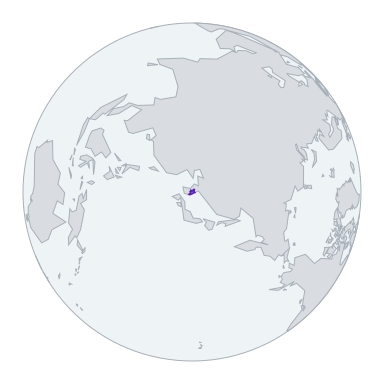 the Earth from above Gangwon, rotated 95°
{"feature_id": "KOR-2496", "entity_name": "Gangwon", "entity_type": "Province", "adm_level": 1, "iso_a3": "KOR", "parent_name": "South Korea", "parent_adm1": "", "projection": "orthographic", "projection_center": [128.239, 37.618], "detail": "fine", "context": "on_globe", "style": "filled", "palette": "violet", "viewbox_px": 384, "rotation_deg": 95, "n_neighbors": 0, "source": "natural_earth", "source_scale": "10m", "svg_char_len": 12447}
<svg xmlns="http://www.w3.org/2000/svg" viewBox="0 0 384 384"><g transform="rotate(95 192 192)"><circle cx="192" cy="192" r="169" fill="#eef3f6" stroke="#a8b0b8"/><path d="M319.5,290.4L319.4,291.1L319.2,291.3L319.5,290.4ZM320.0,81.8L320.0,81.7L320.5,82.2L322.7,85.0L320.9,83.2L321.7,85.4L315.0,81.9L299.7,72.1L300.6,70.9L296.9,69.1L295.4,70.6L295.4,72.1L280.4,71.1L273.9,79.8L277.3,86.2L272.2,82.3L282.5,97.6L282.5,106.7L279.1,94.2L276.1,91.4L274.4,96.2L271.0,94.4L268.2,95.8L264.3,93.4L262.6,86.8L260.0,85.2L259.0,88.8L254.4,88.9L256.3,83.9L248.5,83.7L244.2,73.6L252.6,63.7L246.9,57.7L246.6,46.9L243.2,46.6L241.0,42.9L236.3,41.2L237.6,40.1L232.8,39.8L232.5,41.2L230.3,41.7L227.5,41.0L228.6,39.2L230.2,39.3L229.1,38.5L230.8,38.0L228.4,37.8L230.1,36.1L224.3,36.8L222.2,34.7L224.5,33.8L229.6,35.2L247.5,38.1L251.4,38.4L251.7,37.1L241.0,31.4L243.1,31.5L241.9,30.7L238.4,29.8L238.0,30.2L231.1,28.7L231.4,29.8L228.6,29.5L226.8,30.6L221.4,29.1L217.0,27.4L218.2,26.6L216.4,26.0L210.6,25.9L208.3,24.3L199.0,23.2L211.6,24.2L224.0,26.1L236.3,28.9L248.3,32.7L259.9,37.3L271.2,42.8L282.1,49.1L292.5,56.2L302.3,64.0L311.5,72.6L320.0,81.8ZM347.1,172.1L345.7,169.2L347.1,169.3L347.1,172.1ZM344.5,168.7L345.0,169.4L344.5,169.0L344.5,168.7ZM343.8,169.2L344.3,168.8L343.9,169.6L343.8,169.2ZM343.0,170.4L343.4,169.6L343.4,169.9L343.0,170.4ZM341.4,171.2L340.9,171.3L341.1,170.3L341.4,171.2ZM295.9,73.2L295.8,70.9L298.3,70.4L298.9,72.4L295.9,73.2ZM290.6,74.9L289.5,73.1L293.8,74.7L293.1,75.2L290.6,74.9ZM280.6,91.6L281.1,89.0L281.8,92.2L280.6,91.6ZM268.5,96.5L269.5,97.9L267.6,98.1L268.5,96.5ZM230.0,31.3L228.4,30.9L229.6,30.9L230.0,31.3ZM230.6,32.2L233.0,32.5L233.7,33.0L232.2,32.8L230.6,32.2ZM259.9,94.6L256.7,94.7L259.7,93.4L259.9,94.6ZM227.5,31.8L234.6,33.8L235.7,34.8L230.9,34.9L227.5,31.8ZM254.6,94.0L246.7,94.7L248.1,97.7L239.6,90.0L249.1,91.7L252.7,89.6L252.3,92.2L254.6,94.0ZM233.6,42.0L233.8,40.5L236.2,42.5L233.6,42.0ZM235.7,43.2L246.4,49.5L244.7,51.7L241.5,49.0L241.4,52.6L235.4,50.6L234.1,48.1L236.3,47.0L232.3,47.1L235.7,43.2ZM236.2,85.8L234.1,85.2L236.0,84.6L236.2,85.8ZM229.6,42.0L231.9,42.9L230.6,44.9L225.8,43.3L227.7,43.2L229.6,42.0ZM244.4,54.7L242.6,56.1L237.2,54.7L235.8,55.1L235.1,50.7L244.4,54.7ZM226.6,42.4L223.3,42.6L221.4,41.1L227.2,41.2L226.6,42.4ZM232.3,46.0L231.5,46.9L230.4,45.9L232.3,46.0ZM212.7,36.4L215.5,37.2L215.1,38.2L212.7,36.4ZM222.3,42.7L223.0,43.3L223.1,43.8L220.6,43.7L222.3,42.7ZM231.4,50.2L229.5,49.4L231.4,51.9L227.4,51.2L227.7,48.5L225.9,49.3L224.7,49.2L226.2,47.2L231.4,50.2ZM218.5,45.3L217.5,42.0L212.4,40.1L212.7,39.1L220.8,42.4L218.5,45.3ZM222.9,46.6L220.3,45.5L221.9,44.6L224.7,44.8L222.9,46.6ZM224.6,51.7L230.6,53.5L230.4,54.1L224.6,51.7ZM216.7,44.9L217.0,45.7L216.2,44.8L216.7,44.9ZM221.8,49.8L224.0,50.2L223.6,50.9L221.8,49.8ZM215.8,47.1L215.5,45.9L217.4,46.0L215.8,47.1ZM218.3,48.4L217.3,49.2L218.3,46.7L219.3,48.5L218.3,48.4ZM221.1,50.3L221.6,50.8L220.3,50.0L221.1,50.3ZM208.7,47.8L209.5,44.7L213.7,44.6L212.4,47.7L208.7,47.8ZM80.1,65.4L74.2,71.4L71.8,74.0L67.9,77.5L54.1,95.3L56.0,94.5L48.9,109.0L47.6,116.3L56.5,109.1L58.8,96.9L64.4,90.3L66.9,96.1L65.7,107.7L67.9,105.6L73.1,95.0L77.4,94.8L75.4,91.2L72.8,94.8L71.6,92.8L73.8,89.5L75.2,89.4L76.9,85.5L69.7,87.5L66.3,91.4L67.8,84.3L62.3,90.2L61.1,90.0L69.9,80.1L72.5,78.3L85.2,65.6L82.6,66.8L70.5,79.0L72.3,76.6L68.6,79.0L72.8,75.3L86.7,62.3L91.1,57.2L89.4,57.8L107.1,45.9L98.4,51.7L101.4,50.2L110.2,45.2L106.3,47.9L108.6,46.9L105.4,49.6L107.4,50.8L105.1,53.6L112.3,51.9L112.1,53.3L107.9,53.8L103.8,55.9L98.8,64.0L99.7,64.9L104.8,63.3L102.8,66.0L108.4,63.5L108.7,67.9L112.9,60.6L119.0,59.2L122.7,61.0L125.4,59.3L119.5,56.6L116.4,56.7L112.5,58.9L104.9,59.0L105.2,56.8L116.1,52.2L117.8,48.8L125.6,47.3L136.9,54.8L138.3,59.5L127.3,70.3L123.3,69.8L125.2,65.5L117.6,70.9L121.0,69.8L119.3,72.2L124.7,72.1L123.8,73.8L130.5,70.8L130.0,73.0L125.8,74.9L133.3,77.1L133.9,81.8L136.0,81.5L138.2,79.8L137.6,87.2L139.2,86.7L140.0,84.1L143.7,81.4L150.1,79.8L149.5,82.4L147.1,83.4L141.3,89.6L135.1,92.0L135.5,93.0L140.8,91.5L147.9,83.9L151.9,82.2L149.1,85.9L150.4,84.4L152.2,84.4L153.5,87.0L156.8,83.1L177.4,81.3L181.9,86.7L177.1,89.8L190.9,92.8L195.0,99.5L195.7,96.9L202.8,97.2L201.7,95.0L202.6,93.8L220.3,94.6L224.1,97.2L232.5,95.5L232.9,94.2L230.6,92.2L239.6,90.0L248.1,97.7L246.8,100.0L253.0,103.7L249.2,108.6L248.8,114.6L241.0,118.5L241.4,123.3L243.8,124.3L246.2,131.9L242.8,145.0L235.0,130.1L238.0,111.6L235.9,118.5L233.2,115.9L230.5,117.8L229.3,123.1L231.1,124.3L213.0,128.7L203.7,141.9L212.0,142.6L215.5,147.7L212.2,165.4L190.4,185.7L194.9,194.4L194.1,199.5L187.7,201.5L188.7,194.1L183.8,190.4L185.4,186.2L175.6,187.6L177.3,181.7L168.8,186.1L170.3,191.4L178.3,192.1L170.1,198.9L176.1,208.9L175.0,219.0L158.7,233.1L144.8,234.8L143.6,237.6L139.0,232.7L131.5,236.5L138.8,255.8L138.0,260.4L126.5,265.8L126.5,262.3L114.5,249.4L111.1,259.5L120.2,271.9L123.3,283.2L115.8,277.5L112.8,267.3L108.6,262.4L110.5,253.5L108.6,237.5L101.1,237.1L102.5,231.5L98.6,216.3L88.3,215.1L71.4,221.8L67.7,235.3L62.5,238.1L59.4,212.4L62.1,197.5L58.5,195.7L57.4,178.5L48.2,164.4L49.2,159.7L47.0,158.5L46.6,150.4L49.0,143.1L47.7,140.2L42.0,159.6L43.6,162.9L48.2,161.2L46.0,167.1L46.6,176.3L37.7,181.2L27.8,171.9L30.7,161.0L43.2,123.3L45.0,121.2L45.2,120.9L45.6,120.2L42.8,123.0L46.2,116.3L35.4,139.6L31.9,148.0L27.6,172.2L27.1,172.7L26.9,179.0L30.9,186.6L30.1,189.8L25.8,199.1L23.4,203.7L23.0,191.8L23.5,179.9L24.7,168.1L26.8,156.4L29.8,144.8L33.5,133.5L38.0,122.5L43.3,111.8L49.3,101.5L56.0,91.7L63.4,82.4L71.5,73.6L80.1,65.4ZM60.5,125.9L62.4,133.3L68.4,124.2L69.6,126.4L71.2,122.7L68.8,123.5L73.7,114.0L77.0,115.5L80.3,112.4L79.8,109.8L73.0,108.8L65.9,122.1L62.6,122.9L60.5,125.9ZM124.7,39.9L121.4,41.5L119.5,41.7L122.4,39.3L125.3,38.8L124.7,39.9ZM117.2,43.8L127.3,40.6L125.9,42.3L125.0,41.8L123.0,43.3L121.0,42.9L109.8,48.3L107.4,48.9L114.2,43.3L113.3,44.6L116.5,42.8L117.2,43.8ZM155.5,32.7L159.9,32.3L151.1,36.5L148.1,36.5L150.8,33.7L156.0,32.2L155.5,32.7ZM217.8,32.1L220.0,32.4L219.7,32.8L217.6,32.8L217.8,32.1ZM214.0,36.7L207.7,31.5L210.0,31.5L203.6,29.0L207.0,28.1L211.0,29.6L208.9,27.3L213.9,28.4L211.8,26.9L220.3,30.4L224.7,31.6L218.5,30.6L215.3,31.3L215.2,32.0L218.2,35.0L226.0,38.3L224.1,39.9L220.6,40.2L218.4,39.6L220.4,38.7L216.0,38.7L217.2,36.9L214.0,36.7ZM181.0,48.0L184.2,46.2L175.7,47.7L176.8,45.2L175.8,45.5L174.5,43.7L171.1,42.2L172.4,41.2L170.5,41.1L169.6,40.0L167.5,39.6L169.1,37.7L166.6,37.1L168.7,36.6L164.0,36.1L168.2,35.7L167.5,34.5L163.8,35.6L177.5,28.3L179.9,26.3L179.7,25.1L187.0,25.0L191.8,26.3L194.5,28.7L191.1,30.9L195.0,30.7L194.5,31.7L191.6,31.5L195.8,32.6L194.6,33.5L197.0,36.8L203.7,38.3L204.8,39.8L201.6,39.6L204.8,41.2L199.5,42.0L200.1,43.2L195.5,45.3L188.9,44.7L190.1,46.1L186.6,48.1L181.0,48.0ZM207.3,48.3L199.2,47.8L195.8,46.2L205.3,43.2L205.5,42.0L211.4,40.5L216.2,42.8L214.0,43.0L213.1,43.8L212.0,42.7L212.1,44.1L209.2,44.5L208.5,45.8L206.0,45.2L207.3,48.3ZM72.2,74.2L70.9,75.9L69.6,77.9L67.3,79.6L72.2,74.2ZM81.6,65.2L80.9,66.2L77.0,69.2L78.3,67.7L81.6,65.2ZM83.8,64.3L81.1,66.0L83.4,64.2L83.8,64.3ZM107.6,54.7L107.2,55.8L105.9,56.4L104.6,56.4L107.6,54.7ZM156.0,53.2L158.4,52.1L159.1,52.5L165.2,51.7L164.8,53.7L161.0,55.0L156.0,53.2ZM55.0,108.6L53.5,108.3L54.5,106.2L54.8,106.7L55.0,108.6ZM59.2,92.9L56.7,97.6L58.6,93.3L59.2,92.9ZM156.7,55.3L159.2,54.7L157.4,56.1L156.7,55.3ZM164.8,55.2L163.3,56.8L165.5,53.9L164.8,55.2ZM30.1,240.4L29.8,239.1L32.7,248.2L32.7,248.4L30.1,240.4ZM165.2,314.6L170.4,315.9L170.2,316.4L165.2,314.6ZM159.7,311.8L165.5,312.9L158.7,312.8L159.7,311.8ZM167.9,313.3L173.9,313.1L176.4,312.5L176.0,313.6L167.9,313.3ZM155.7,311.1L134.8,306.1L126.8,302.3L128.5,300.7L141.6,304.8L155.7,311.1ZM127.9,300.5L115.8,290.4L100.5,265.4L106.0,268.0L122.2,285.7L121.1,287.3L128.4,294.5L127.9,300.5ZM157.8,296.4L156.7,302.0L145.0,299.0L139.8,296.8L136.2,288.4L138.2,285.0L142.4,286.2L159.7,276.3L165.5,280.8L160.0,285.6L164.9,291.7L157.8,296.4ZM68.1,237.0L70.0,247.3L67.3,246.9L68.1,237.0ZM167.3,267.7L159.9,272.7L166.9,265.6L167.3,267.7ZM171.8,260.5L171.9,263.8L169.4,260.2L171.8,260.5ZM142.8,242.1L138.3,241.7L138.5,239.3L144.4,238.5L142.8,242.1ZM174.1,227.4L172.8,234.5L171.6,236.8L170.1,232.1L174.1,227.4ZM157.2,74.3L149.1,72.8L143.1,73.7L139.3,76.9L141.2,72.0L150.5,70.6L157.2,74.3ZM175.0,80.0L178.2,77.6L179.1,79.4L178.5,80.2L175.0,80.0ZM175.3,78.1L174.9,73.9L178.3,73.0L177.9,76.4L175.3,78.1ZM165.4,63.8L163.1,63.1L164.6,61.9L165.4,63.8ZM269.0,342.4L280.4,335.9L282.7,334.6L281.9,335.1L269.0,342.4ZM229.5,355.4L228.4,354.2L235.8,352.8L233.5,354.4L229.5,355.4ZM284.3,333.5L285.1,332.8L289.3,329.7L290.1,328.1L290.6,328.8L294.8,326.0L285.2,332.9L284.3,333.5ZM199.8,349.7L167.5,352.0L160.1,350.3L161.2,348.5L153.0,340.4L155.3,341.0L152.9,335.4L171.6,333.4L184.7,324.8L195.9,326.2L203.9,318.8L215.7,319.4L212.6,325.5L225.4,328.8L232.9,315.0L241.8,328.2L251.7,331.1L255.8,337.3L241.7,349.4L232.7,352.4L230.5,352.1L226.9,353.4L220.6,353.8L216.1,351.4L212.6,352.5L215.6,350.1L210.7,352.4L207.0,350.5L199.8,349.7ZM284.8,316.6L286.8,316.2L290.2,316.8L287.0,317.7L284.8,316.6ZM314.5,296.0L315.6,296.3L313.4,297.8L314.5,296.0ZM319.2,291.3L316.7,293.4L319.5,290.4L319.2,291.3ZM294.2,305.8L295.3,306.1L294.5,306.7L294.2,305.8ZM293.4,305.8L294.4,304.1L294.4,305.4L293.4,305.8ZM283.5,301.6L284.6,300.5L285.2,301.0L283.5,301.6ZM178.1,316.9L185.3,313.6L189.4,313.6L178.1,316.9ZM281.7,300.5L278.8,301.2L279.0,300.3L281.7,300.5ZM281.8,298.6L281.4,297.6L283.4,299.7L281.8,298.6ZM276.1,297.5L279.7,298.7L275.7,297.9L276.1,297.5ZM274.0,298.3L271.4,298.0L271.6,297.6L274.0,298.3ZM245.9,304.7L255.4,310.3L248.0,311.1L239.6,307.8L233.4,312.3L219.2,312.2L222.3,309.7L220.3,305.8L205.9,304.1L203.0,301.4L208.1,299.8L198.7,297.2L208.9,296.4L213.2,302.0L219.0,297.7L229.3,298.6L239.4,299.8L247.8,302.9L245.9,304.7ZM209.2,308.3L211.0,308.4L209.4,309.9L209.2,308.3ZM266.5,296.1L270.2,297.9L269.8,298.6L268.0,298.6L266.5,296.1ZM249.7,301.8L258.7,296.2L260.8,295.9L254.9,301.8L249.7,301.8ZM256.4,293.6L260.6,293.6L262.9,295.8L262.1,296.6L256.4,293.6ZM188.4,302.3L188.0,303.7L185.4,302.3L188.4,302.3ZM191.7,301.6L199.6,303.8L191.0,302.9L191.7,301.6ZM168.3,293.6L170.5,297.6L177.6,296.2L172.2,298.8L177.1,305.3L175.6,307.3L170.7,300.3L169.2,306.6L166.1,306.0L164.2,300.1L167.3,293.7L170.4,291.2L183.2,291.6L168.3,293.6ZM191.6,297.2L189.5,292.7L191.1,290.0L193.3,292.5L191.6,297.2ZM183.7,281.5L178.5,275.6L173.5,276.9L183.8,270.8L187.0,277.5L183.7,281.5ZM179.7,269.3L175.0,270.5L180.0,266.8L179.7,269.3ZM173.9,268.6L173.7,264.7L177.2,265.8L173.9,268.6ZM182.0,269.8L183.3,263.5L184.9,267.5L182.0,269.8ZM172.9,256.0L180.0,263.4L170.3,259.2L171.0,246.5L175.3,246.9L172.9,256.0ZM203.8,206.2L203.4,202.2L207.6,201.7L206.7,204.5L203.8,206.2ZM220.8,197.5L208.6,200.3L198.7,202.9L201.3,205.0L198.2,211.3L194.9,204.7L202.5,198.2L209.8,197.5L211.8,192.0L217.8,188.7L217.9,181.7L220.8,178.9L222.9,185.1L220.8,197.5ZM217.7,178.7L220.1,166.6L227.5,168.8L228.6,172.0L224.4,176.5L220.7,175.0L217.7,178.7ZM222.8,164.4L219.3,163.0L215.5,144.6L216.5,141.4L223.3,156.0L220.4,155.5L220.0,159.8L222.8,164.4ZM234.2,86.6L234.1,85.3L235.6,86.5L234.2,86.6ZM201.7,92.7L203.2,91.3L204.9,92.6L201.7,92.7ZM208.2,88.3L205.3,87.7L208.6,87.2L208.2,88.3ZM198.6,86.9L204.2,87.0L198.5,88.5L198.6,86.9Z" fill="#d9dde1" stroke="#a8b0b8" stroke-width="1"/><path d="M191.4,190.0L191.5,190.0L191.7,189.9L191.8,189.8L192.0,189.7L192.1,189.4L192.1,189.2L192.3,189.0L192.5,189.4L192.5,189.5L192.7,190.0L192.9,190.4L192.9,190.5L193.0,190.6L193.4,191.2L193.6,191.5L193.8,191.6L193.9,191.8L193.9,192.0L194.0,192.1L194.1,192.3L194.3,192.6L194.4,192.8L194.6,193.0L194.6,193.3L194.8,193.6L194.8,193.8L194.8,194.1L194.9,194.5L194.8,194.8L194.7,194.9L194.6,195.0L194.5,194.9L194.5,194.7L194.4,194.6L194.5,194.5L194.5,194.4L194.3,194.3L194.2,194.3L194.2,194.2L194.0,193.9L194.1,193.7L193.9,193.7L193.7,193.7L193.4,193.6L193.2,193.6L193.2,193.8L192.9,193.7L192.7,193.6L192.4,193.6L192.2,193.5L192.1,193.4L191.9,193.2L191.8,193.3L191.7,193.3L191.4,193.2L191.2,193.3L191.3,193.4L191.2,193.4L191.2,193.5L191.0,193.3L190.8,193.4L190.5,193.4L190.6,193.2L190.7,192.9L190.9,192.6L190.9,192.4L191.0,192.4L191.0,192.2L190.9,192.2L190.7,192.1L190.4,192.1L190.4,191.9L190.4,191.7L190.5,191.4L190.6,191.2L190.4,191.1L190.2,191.0L190.2,190.9L190.2,190.7L189.9,190.7L189.7,190.5L189.6,190.4L189.6,190.5L189.4,190.6L189.3,190.4L189.2,190.4L189.1,190.2L189.3,190.0L189.5,190.0L189.6,189.9L190.0,189.9L190.2,190.0L190.3,190.0L190.4,189.9L190.9,189.9L190.9,190.0L191.0,190.0L191.4,190.0Z" fill="#8b5cf6" stroke="#5b21b6" stroke-width="1.5"/></g></svg>